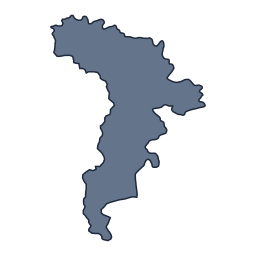 outline of Brest, Brest, Belarus
{"feature_id": "67162791B30498032594927", "entity_name": "Brest", "entity_type": "district", "adm_level": 2, "iso_a3": "BLR", "parent_name": "Belarus", "parent_adm1": "Brest", "projection": "robinson", "projection_center": [23.755, 51.901], "detail": "fine", "context": "isolated", "style": "filled", "palette": "slate", "viewbox_px": 256, "rotation_deg": 0, "n_neighbors": 0, "source": "geoboundaries", "source_scale": "gbopen_adm2", "svg_char_len": 5712}
<svg xmlns="http://www.w3.org/2000/svg" viewBox="0 0 256 256"><path d="M202.8,94.9L202.3,93.7L201.6,93.1L200.4,92.4L199.5,91.8L199.8,90.7L200.1,89.9L200.9,89.4L202.0,88.6L202.3,87.3L201.9,86.5L201.1,85.9L199.6,85.3L198.8,85.1L196.7,85.4L194.9,85.5L193.8,84.7L192.9,83.8L192.3,83.1L191.3,82.0L190.9,81.3L189.7,80.3L188.7,79.5L187.7,79.4L186.5,79.4L184.5,79.8L182.3,81.0L180.7,81.6L178.8,82.0L177.4,82.4L174.8,82.2L172.7,81.6L170.8,80.7L169.1,79.9L167.9,79.1L167.1,78.1L167.6,76.9L168.5,76.0L169.1,74.9L169.9,74.0L170.9,72.9L171.9,71.6L172.8,70.2L173.8,68.7L173.7,67.6L173.5,66.5L172.9,65.2L172.2,64.4L170.9,64.0L169.6,64.0L169.2,63.3L169.2,62.5L169.1,61.4L169.2,60.2L168.4,59.4L167.5,59.2L165.7,59.1L164.2,58.4L163.4,57.5L162.7,56.4L162.2,54.6L162.2,53.0L162.5,51.9L163.0,50.5L162.9,49.2L163.4,47.9L163.8,46.9L163.9,45.2L163.9,44.4L163.6,43.3L163.6,42.7L163.0,41.4L162.5,40.9L161.6,40.9L160.7,41.4L159.7,42.5L159.1,43.4L158.7,44.0L157.6,45.4L156.8,46.0L154.7,45.8L153.6,44.6L152.9,43.5L152.7,42.5L152.7,41.8L152.5,40.9L152.2,39.8L151.9,39.3L150.5,38.3L149.3,37.8L148.0,38.4L146.2,38.3L145.0,38.3L143.0,38.1L142.3,38.0L140.7,37.6L139.4,37.6L137.8,37.7L136.7,38.1L135.4,38.2L134.3,38.2L132.6,37.7L131.6,37.4L130.2,36.8L129.1,36.8L128.1,36.8L126.3,36.7L124.9,36.5L124.6,35.5L124.4,34.5L124.0,33.8L123.2,33.3L122.6,33.2L120.6,32.7L120.1,32.2L119.8,31.4L119.5,30.5L118.6,29.6L117.5,29.4L116.9,28.6L116.7,27.8L116.4,26.9L115.7,25.6L114.6,25.2L113.6,25.7L112.5,26.4L111.3,26.6L110.3,26.7L108.6,27.2L107.6,27.6L106.9,28.0L105.8,28.6L104.5,28.9L103.6,29.1L103.0,28.4L102.5,27.8L102.4,26.3L102.6,25.1L103.1,24.4L104.1,23.2L104.3,21.9L103.8,20.9L102.9,19.8L101.3,19.3L100.3,19.4L98.8,19.9L97.5,20.5L96.5,20.8L95.5,21.1L94.3,21.4L93.6,21.7L92.5,22.5L91.6,23.6L89.9,23.8L88.7,23.6L88.4,22.6L88.1,21.0L87.9,19.9L87.7,19.2L86.4,16.9L85.0,16.3L84.1,16.4L83.3,16.6L82.8,17.1L82.6,18.1L82.0,19.1L81.4,19.7L80.8,20.1L79.4,20.2L78.3,20.2L76.9,19.8L76.0,19.2L75.3,18.9L74.3,17.8L73.7,16.9L73.4,16.0L72.7,15.4L71.4,15.5L70.4,16.2L70.1,17.1L68.4,18.0L67.5,18.0L66.4,18.3L65.4,19.1L64.7,19.2L63.6,19.2L62.5,19.3L61.7,20.5L62.2,21.7L63.0,23.2L62.7,24.3L62.2,25.3L60.9,26.0L59.0,26.0L57.6,25.8L56.3,25.3L55.5,25.3L54.4,25.6L53.7,26.1L52.7,26.3L51.7,26.4L50.9,27.0L51.3,27.8L52.3,28.1L53.6,28.8L54.3,30.2L54.3,30.8L53.3,32.2L52.3,33.4L52.5,34.7L53.3,35.5L54.0,36.4L54.1,37.5L54.8,38.7L55.4,40.2L55.5,41.4L55.0,43.4L55.1,44.6L54.8,48.2L53.9,52.7L55.7,54.6L56.8,56.1L58.9,56.4L61.9,56.0L63.9,55.5L66.0,55.4L68.7,55.3L70.7,55.6L72.5,56.4L73.2,57.8L73.2,58.9L73.8,60.6L73.6,61.5L73.8,62.6L75.9,63.2L78.9,63.6L79.8,68.5L82.7,68.5L84.8,69.5L86.3,73.0L88.4,71.8L93.8,71.8L97.7,72.5L100.1,75.8L100.4,78.3L102.2,79.7L105.5,81.1L107.3,84.4L106.4,86.7L108.0,90.6L109.4,92.8L109.0,95.7L108.8,98.7L110.9,100.6L113.6,102.9L114.4,105.3L112.4,107.5L110.5,109.5L110.3,113.5L109.6,114.6L106.1,115.9L104.6,118.2L104.9,120.0L104.8,121.4L102.4,124.7L100.5,125.8L100.5,128.2L101.9,130.8L102.6,132.6L102.4,135.4L100.9,137.1L99.9,138.3L99.4,142.0L98.4,143.7L97.8,145.8L97.4,148.5L98.6,149.8L101.1,152.1L102.8,154.3L104.2,157.2L104.5,159.6L103.2,162.9L101.0,164.9L100.1,166.4L95.5,166.4L96.1,169.2L93.1,170.7L89.5,169.7L85.9,172.1L82.9,174.7L82.6,177.7L83.8,180.8L84.7,182.2L86.2,184.3L86.2,189.4L85.7,192.1L85.5,197.3L83.9,198.5L83.5,201.0L83.7,203.9L85.1,206.8L83.3,210.5L83.3,213.7L84.9,215.1L86.4,217.3L88.7,219.9L88.7,222.2L89.5,223.8L91.0,225.7L90.2,227.3L88.9,229.0L88.7,230.8L90.6,232.2L91.6,233.1L95.6,233.5L98.5,233.5L100.4,234.6L101.8,236.2L101.8,238.1L102.9,239.4L107.9,240.6L110.8,239.0L111.6,237.0L111.0,234.7L109.3,231.9L108.3,230.8L106.2,227.2L106.6,225.8L108.0,223.7L108.7,221.7L109.7,219.3L110.3,217.6L106.6,216.0L103.5,214.8L101.4,213.1L101.2,209.5L103.9,207.1L106.6,203.8L109.7,202.5L119.3,199.8L125.1,198.9L129.0,197.7L132.6,196.8L136.8,197.2L137.2,194.2L136.8,191.1L136.5,188.6L136.1,185.9L135.8,182.5L135.5,180.3L135.3,176.9L135.3,174.3L136.3,172.6L137.7,171.3L138.7,170.2L140.7,168.5L141.9,167.2L143.3,166.1L144.1,165.1L144.4,164.1L144.7,162.9L145.4,161.7L146.0,160.4L147.3,159.5L148.3,159.3L149.4,159.9L150.3,160.6L150.8,162.0L151.5,163.2L151.9,164.1L152.1,165.8L152.8,167.0L154.1,167.3L156.6,167.2L158.5,166.0L158.9,164.2L159.1,162.5L159.0,161.0L158.5,160.0L158.2,158.0L157.8,156.4L157.4,155.7L157.0,155.2L156.6,154.6L155.5,153.5L154.2,153.2L152.0,153.3L149.7,153.1L147.9,151.7L147.2,149.8L146.3,149.0L145.7,148.5L145.1,147.5L145.5,146.3L146.1,145.3L146.8,144.4L147.5,143.7L148.3,142.6L148.8,141.5L149.2,141.1L150.2,140.5L151.0,140.1L152.3,139.8L153.7,139.7L155.4,139.5L157.5,138.7L158.3,138.1L158.6,137.2L159.1,136.1L159.5,135.7L160.6,135.0L161.8,134.5L163.4,134.1L164.7,133.6L165.9,133.0L166.5,131.6L166.8,130.2L166.5,129.1L166.2,128.4L165.0,127.1L164.3,126.2L164.2,124.9L163.9,123.4L163.8,122.6L162.9,121.7L161.8,121.2L160.9,120.8L160.3,119.8L160.2,118.6L160.0,117.8L159.2,116.8L157.6,115.5L156.1,114.3L154.5,112.8L153.9,112.0L153.3,111.3L152.7,110.2L152.6,109.4L153.4,108.7L154.7,108.4L155.8,108.3L158.0,108.0L159.6,107.7L161.5,107.1L162.5,106.2L163.6,105.3L164.9,104.8L165.9,104.8L168.0,105.6L169.0,106.0L170.1,106.1L170.9,106.0L171.5,105.9L172.2,105.9L172.8,106.2L172.4,106.9L172.0,107.9L171.8,108.6L171.7,109.4L172.0,110.4L172.7,111.3L173.8,112.1L174.8,112.6L176.0,113.3L177.7,114.1L179.4,114.5L180.6,114.5L182.3,115.1L183.6,115.1L184.6,114.5L184.8,113.2L185.4,112.2L186.5,111.4L188.0,110.8L190.2,110.0L193.2,109.2L196.0,108.6L197.7,108.1L199.4,107.7L200.8,107.4L202.2,107.1L203.3,106.9L204.7,106.3L205.1,105.6L204.8,104.4L204.4,103.7L203.3,102.5L201.7,101.9L200.7,101.9L199.4,101.5L198.8,100.7L199.2,99.4L200.0,98.6L200.5,98.0L201.0,97.3L201.6,96.3L202.5,95.0L202.8,94.9Z" fill="#64748b" stroke="#1e293b" stroke-width="1.5"/></svg>